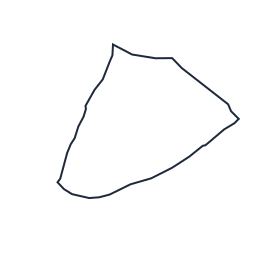 San José Chacayá, Sololá, Guatemala (Albers equal-area conic projection), rotated 226°
{"feature_id": "79465075B53734633338650", "entity_name": "San José Chacayá", "entity_type": "district", "adm_level": 2, "iso_a3": "GTM", "parent_name": "Guatemala", "parent_adm1": "Sololá", "projection": "albers", "projection_center": [-91.228, 14.774], "detail": "fine", "context": "isolated", "style": "outline", "palette": "slate", "viewbox_px": 256, "rotation_deg": 226, "n_neighbors": 0, "source": "geoboundaries", "source_scale": "gbopen_adm2", "svg_char_len": 571}
<svg xmlns="http://www.w3.org/2000/svg" viewBox="0 0 256 256"><g transform="rotate(226 128 128)"><path d="M104.6,51.4L98.2,59.1L92.9,68.5L85.8,90.6L75.7,109.7L68.8,132.0L64.8,152.4L63.3,169.4L61.8,171.7L60.2,196.3L57.5,208.0L57.6,211.4L57.6,214.0L68.5,213.8L75.5,216.5L133.8,208.3L147.6,208.3L159.2,196.1L178.0,182.0L198.5,175.2L191.1,167.3L188.7,161.5L180.5,143.6L178.7,130.5L173.4,112.7L171.0,111.1L167.0,103.9L163.6,93.4L157.7,82.5L156.1,75.5L152.2,66.7L138.7,44.2L137.9,39.6L128.5,39.5L119.3,41.8L104.6,51.4Z" fill="none" stroke="#1e293b" stroke-width="2"/></g></svg>